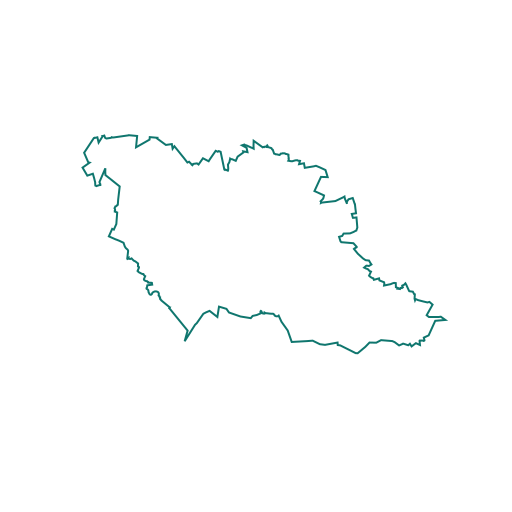 Alamos, Sonora, Mexico (orthographic projection), rotated 114°
{"feature_id": "50627088B7149168530269", "entity_name": "Alamos", "entity_type": "district", "adm_level": 2, "iso_a3": "MEX", "parent_name": "Mexico", "parent_adm1": "Sonora", "projection": "orthographic", "projection_center": [-108.835, 27.083], "detail": "fine", "context": "isolated", "style": "outline", "palette": "teal", "viewbox_px": 512, "rotation_deg": 114, "n_neighbors": 0, "source": "geoboundaries", "source_scale": "gbopen_adm2", "svg_char_len": 6004}
<svg xmlns="http://www.w3.org/2000/svg" viewBox="0 0 512 512"><g transform="rotate(114 256 256)"><path d="M282.0,107.5L278.3,96.9L278.3,94.3L279.5,88.9L276.7,86.3L276.3,86.1L276.2,85.9L275.6,80.6L273.6,79.7L275.3,77.1L270.6,74.5L270.6,70.0L267.0,72.1L266.8,72.1L266.6,72.0L266.5,71.9L266.4,71.7L266.3,70.9L265.7,70.1L265.4,68.8L265.4,68.3L264.8,67.8L264.5,67.8L262.3,69.5L258.3,66.0L242.3,65.9L237.4,57.0L236.3,62.5L237.5,64.4L241.4,73.2L240.7,76.0L239.5,75.9L228.6,74.9L227.4,78.9L228.7,80.5L229.5,84.7L230.4,90.1L230.4,92.7L231.8,92.7L230.5,93.8L226.4,95.3L226.5,96.0L224.8,98.2L225.8,101.6L225.6,102.0L221.1,107.1L220.2,108.4L222.2,109.1L223.4,110.3L223.9,110.4L224.9,109.1L226.0,109.7L226.4,111.0L227.6,111.0L228.3,113.4L227.5,113.3L227.6,115.5L223.9,117.3L224.4,118.9L225.4,120.1L227.0,121.6L230.9,127.0L229.1,127.5L227.9,128.3L228.1,133.3L226.4,134.5L229.8,138.6L228.7,139.7L228.9,140.0L228.6,142.9L228.0,144.7L223.5,144.6L223.5,146.2L222.5,148.6L222.7,150.2L222.6,152.5L220.2,151.4L219.8,151.0L219.2,148.8L216.8,147.1L215.7,148.9L214.2,150.9L215.2,154.0L215.1,155.1L214.7,157.3L212.5,163.9L209.7,169.4L209.0,169.1L207.1,167.6L206.7,167.7L204.7,172.2L208.7,183.7L208.1,184.9L204.7,187.9L202.6,185.4L199.9,185.1L197.1,179.3L194.4,176.7L192.3,175.1L192.0,174.7L188.8,175.0L179.9,179.9L180.7,181.3L181.0,181.6L181.7,183.0L178.6,185.6L176.3,182.0L172.2,184.5L168.4,186.7L168.4,186.9L163.7,191.2L166.5,194.5L169.6,195.1L171.3,194.1L167.6,198.0L166.1,199.1L166.0,199.3L165.8,199.4L166.9,200.2L173.5,205.8L180.5,217.7L181.1,218.2L180.7,218.3L179.9,218.7L179.7,219.2L176.8,218.1L175.7,218.0L173.5,218.4L173.0,218.5L172.9,229.0L157.3,228.8L154.8,222.6L149.2,227.5L149.1,233.9L149.2,237.9L150.6,239.7L155.6,247.3L151.8,249.9L154.6,254.0L151.2,254.5L151.4,255.2L151.6,255.4L151.8,256.3L151.7,257.2L152.4,258.6L153.2,259.7L153.5,260.0L154.4,261.1L154.7,261.4L155.2,262.7L155.8,265.2L154.9,265.1L153.7,265.9L153.4,265.8L151.3,267.2L150.9,267.2L150.2,267.6L150.4,269.4L150.7,270.5L150.5,271.5L151.0,272.5L151.2,273.3L152.0,274.1L152.2,274.7L152.5,275.1L153.7,275.3L154.2,275.7L154.7,278.5L155.1,279.3L155.0,279.8L155.1,281.1L152.1,283.9L152.1,284.6L151.3,285.6L151.2,285.8L151.5,288.7L151.5,288.9L151.9,290.0L150.9,290.1L150.6,290.3L150.4,290.7L150.9,290.8L151.2,290.6L151.4,290.9L151.8,291.0L152.1,291.2L152.1,291.6L152.3,292.0L152.6,292.3L152.7,292.6L153.2,292.8L153.3,293.2L153.4,293.7L154.0,294.1L151.7,305.0L156.1,303.2L158.9,301.8L158.8,303.4L158.9,304.3L158.8,309.7L159.3,310.4L159.1,310.7L158.9,312.0L160.6,313.8L161.0,308.6L164.6,306.0L165.6,310.3L166.3,309.7L166.5,309.6L172.7,313.2L177.3,313.2L177.3,317.0L177.4,317.7L177.9,318.4L177.6,319.2L181.1,318.5L183.9,318.8L187.2,317.0L188.9,316.4L189.5,316.4L189.5,319.4L190.0,319.5L189.9,320.1L175.2,330.7L175.3,332.7L176.3,333.3L176.3,335.6L186.4,337.5L188.7,337.8L188.3,344.2L195.8,345.7L195.4,347.6L197.2,350.5L197.7,351.0L197.9,350.9L198.0,351.1L198.9,351.1L198.8,351.6L198.7,351.6L197.1,355.5L198.5,356.7L195.6,362.1L194.6,364.1L188.9,375.2L191.9,375.8L188.0,378.4L191.2,383.5L188.8,394.5L188.2,394.4L190.6,401.4L193.0,400.6L205.5,409.8L194.7,413.4L197.4,421.4L197.6,421.5L205.5,434.1L206.1,435.2L206.1,436.1L207.0,436.5L209.5,440.4L209.5,441.7L208.0,443.5L207.9,443.4L207.7,443.6L207.9,443.8L208.9,445.1L209.1,444.8L216.4,445.9L212.1,449.2L213.7,451.3L213.6,451.5L214.2,452.1L231.6,455.0L238.6,447.4L238.4,446.0L245.8,450.4L251.2,442.8L247.2,438.5L250.4,435.8L254.1,432.9L254.8,432.6L257.0,431.4L257.0,430.1L256.3,429.5L256.0,429.1L254.9,427.9L254.5,427.1L254.3,427.2L253.7,427.4L253.3,428.0L252.1,429.1L237.2,429.3L237.8,429.0L240.3,428.0L243.3,426.5L247.9,408.8L260.4,404.9L265.1,403.2L265.4,403.4L265.6,403.3L265.7,403.2L267.4,404.0L267.8,404.3L267.9,404.6L269.9,404.7L270.5,403.9L270.8,403.7L271.2,403.5L272.3,403.4L272.6,403.1L272.6,402.8L272.4,402.6L272.6,402.3L272.8,402.4L272.7,400.5L283.6,396.6L289.7,396.6L289.7,398.4L297.9,398.4L297.9,391.1L297.8,390.0L297.7,387.2L297.8,382.4L300.8,379.6L301.2,378.9L301.7,378.2L302.1,377.0L302.3,376.2L302.7,375.5L303.3,374.9L310.3,372.7L309.4,371.8L310.4,371.6L310.2,371.4L309.9,369.7L308.8,368.7L309.4,367.4L310.0,365.6L310.0,364.0L310.4,362.4L310.8,360.7L313.5,359.6L313.4,359.2L313.5,358.8L313.6,358.6L313.9,358.4L314.2,358.2L317.8,358.1L317.9,357.5L318.2,357.3L318.4,356.6L318.6,355.6L318.5,355.1L318.7,353.5L318.6,352.4L318.3,351.5L318.8,351.0L319.2,350.1L319.4,349.5L319.5,349.0L322.7,349.0L323.2,348.7L323.4,348.3L323.6,347.9L323.6,347.7L323.6,346.1L323.5,345.4L323.4,345.3L323.5,345.1L323.5,344.7L323.8,344.2L323.7,344.0L324.2,343.6L323.1,341.0L322.9,340.2L324.4,339.2L327.0,343.4L328.8,342.9L329.1,342.9L329.8,343.0L330.4,342.7L330.5,342.4L330.6,341.4L330.9,340.8L331.2,340.4L332.9,339.3L333.5,338.5L334.2,337.6L334.3,337.1L334.3,336.7L334.2,336.3L333.9,336.0L332.9,335.6L331.9,335.7L331.4,335.5L330.8,335.2L330.2,334.7L329.4,333.9L329.1,333.2L328.8,332.2L328.8,331.7L328.8,330.9L329.0,330.4L329.4,329.9L329.8,329.5L330.8,329.1L331.6,329.0L331.9,328.6L331.9,328.0L332.8,327.3L332.8,327.1L332.8,326.9L333.2,326.9L333.6,326.6L333.7,326.4L334.0,326.2L333.9,326.1L334.1,325.9L334.6,325.4L334.9,324.5L335.1,324.4L337.9,314.3L338.4,314.1L338.6,314.3L338.5,314.5L338.7,314.3L339.0,314.1L339.0,313.9L338.9,313.8L339.0,313.8L352.0,288.1L362.9,286.5L343.6,283.7L341.5,282.8L330.2,280.6L327.9,278.8L325.0,276.1L327.4,266.5L317.3,269.2L316.3,261.5L318.6,257.7L317.6,245.6L314.9,235.5L312.1,234.7L309.6,231.3L306.5,228.4L305.8,228.9L305.1,229.3L304.5,229.3L304.2,229.2L304.3,228.6L304.8,228.1L305.3,227.4L305.5,227.0L305.7,226.5L305.6,226.2L305.5,225.5L305.2,224.9L304.2,225.2L304.3,224.5L304.2,223.7L303.6,221.9L303.1,220.2L302.6,218.8L301.9,217.1L301.8,216.7L302.0,216.2L302.1,215.4L302.7,214.9L302.9,214.4L302.9,213.3L302.6,212.3L301.8,211.2L301.3,211.0L305.7,206.0L311.2,196.7L320.0,188.4L312.9,174.6L310.3,169.8L310.6,161.8L309.1,156.8L301.9,146.3L304.1,145.1L303.4,142.7L304.2,125.5L303.5,123.6L294.6,119.2L288.9,117.1L286.3,110.9L282.0,107.5Z" fill="none" stroke="#0f766e" stroke-width="2"/></g></svg>